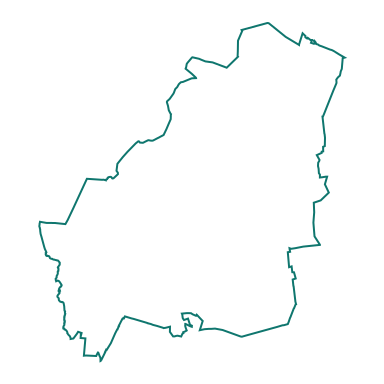 the district of Katvaru pag., Limbaži, Latvia
{"feature_id": "27541924B50356966028149", "entity_name": "Katvaru pag.", "entity_type": "district", "adm_level": 2, "iso_a3": "LVA", "parent_name": "Latvia", "parent_adm1": "Limbaži", "projection": "mercator", "projection_center": [24.779, 57.591], "detail": "fine", "context": "isolated", "style": "outline", "palette": "teal", "viewbox_px": 384, "rotation_deg": 0, "n_neighbors": 0, "source": "geoboundaries", "source_scale": "gbopen_adm2", "svg_char_len": 5708}
<svg xmlns="http://www.w3.org/2000/svg" viewBox="0 0 384 384"><path d="M173.4,93.7L169.7,98.9L167.1,101.3L166.9,101.8L166.9,102.3L168.0,105.9L168.8,110.3L170.7,114.0L171.0,114.2L170.8,115.1L170.8,116.4L170.7,119.2L170.4,119.9L169.0,123.1L166.4,129.2L163.6,135.0L153.5,140.3L152.8,140.6L152.0,140.7L150.6,140.6L148.6,140.2L148.0,140.3L145.3,141.6L143.6,142.5L142.9,142.8L140.0,142.6L139.0,141.4L138.3,141.3L135.7,143.4L127.5,151.8L122.7,157.2L117.4,163.8L116.5,170.8L116.7,171.1L117.8,172.6L117.9,172.9L117.9,174.2L113.6,178.2L113.2,178.4L112.5,178.5L112.1,178.3L111.6,177.4L111.1,177.0L110.9,176.9L109.9,176.9L108.8,177.1L108.1,177.4L108.0,177.5L108.1,177.8L108.0,178.0L107.4,178.3L107.3,178.8L107.1,179.2L106.5,179.5L106.4,179.5L105.9,179.7L105.8,179.9L105.8,180.3L103.7,179.7L102.0,179.8L86.9,178.8L73.4,208.0L67.7,220.0L65.4,224.1L55.0,223.0L46.4,222.9L40.0,221.8L39.9,222.5L39.6,223.5L39.5,225.1L39.3,226.1L39.5,226.9L39.6,227.2L39.9,228.0L39.9,228.8L40.1,229.1L40.2,229.6L40.2,230.8L40.6,233.9L41.5,236.9L44.1,246.5L44.8,248.8L46.4,252.3L45.7,253.0L46.0,253.4L46.0,253.6L45.7,254.5L46.2,255.6L46.9,256.0L47.4,255.7L47.5,255.7L47.8,256.0L48.3,256.0L49.0,256.2L49.5,256.7L49.6,257.3L50.0,258.1L50.4,258.4L51.8,258.9L52.2,258.9L52.4,258.9L52.6,259.2L53.6,259.6L54.3,259.6L55.4,260.0L56.2,260.1L56.8,260.4L57.5,260.4L57.9,260.5L58.4,260.9L58.7,261.5L59.3,262.0L59.7,262.6L59.8,262.8L59.8,263.2L59.6,263.7L59.7,264.7L58.8,265.9L58.5,266.5L58.0,267.0L57.9,267.2L57.8,267.4L57.9,267.6L58.3,267.9L58.3,268.1L58.2,268.4L58.2,268.5L58.5,268.9L58.5,269.1L58.4,269.6L58.3,270.5L58.4,270.8L57.9,271.2L57.8,271.4L57.9,271.5L57.9,271.9L57.7,272.7L57.8,273.0L57.8,273.6L57.4,274.8L56.9,275.4L56.8,275.8L56.6,276.2L56.7,277.1L56.5,277.7L56.4,277.9L55.7,278.7L55.6,278.9L55.7,279.2L55.9,280.6L56.1,281.1L56.3,280.9L56.8,281.0L57.3,280.6L58.0,280.7L58.8,281.0L59.7,282.0L60.9,283.8L61.3,284.5L61.2,284.5L61.3,286.2L61.1,286.5L60.6,286.9L60.1,287.1L59.8,287.6L59.6,287.8L59.1,288.8L58.9,289.2L58.9,289.6L59.8,290.1L59.9,290.5L59.6,290.5L59.3,290.8L58.6,291.1L58.8,291.7L59.6,292.1L59.5,293.2L59.3,293.5L58.5,294.3L57.7,295.4L57.4,296.0L57.4,296.5L57.6,297.1L58.4,297.8L58.6,298.2L58.8,298.7L58.8,299.8L59.0,300.4L59.6,301.0L60.1,301.6L61.5,302.1L61.9,301.9L62.3,302.0L62.5,302.2L63.1,302.4L63.6,303.1L64.2,306.2L64.5,310.7L64.9,311.0L65.1,311.4L64.9,312.7L64.9,313.1L65.3,313.7L64.9,315.1L64.8,315.7L64.6,315.7L64.6,315.8L64.4,316.4L64.2,317.0L64.2,317.4L64.5,317.8L64.2,318.7L64.2,319.1L64.4,319.4L64.4,319.5L64.2,319.6L64.2,319.8L64.3,320.6L64.9,321.1L64.7,321.5L64.5,321.9L64.5,322.1L64.4,322.3L64.4,322.5L64.7,322.8L64.6,323.0L64.4,323.3L64.2,323.4L64.2,323.7L64.4,324.1L64.4,324.3L64.3,325.1L64.0,325.4L63.9,325.7L63.5,326.3L63.3,327.3L63.3,327.7L63.3,328.4L63.4,328.6L64.3,328.6L64.5,328.9L64.6,329.5L65.6,329.9L66.1,330.3L66.7,331.0L66.8,331.3L67.1,331.8L67.3,332.2L67.4,332.8L67.3,333.2L68.6,335.0L69.7,336.0L70.1,336.7L70.3,337.4L70.6,338.0L70.6,339.0L73.4,338.5L76.9,333.8L78.1,331.8L81.6,333.0L81.0,335.3L80.8,335.1L80.6,338.0L85.4,338.4L83.9,355.7L86.0,355.5L96.2,356.0L97.4,353.4L98.0,352.5L98.3,352.7L99.7,356.3L100.3,357.4L100.5,358.9L100.5,361.0L100.7,360.9L101.2,359.3L101.6,359.5L105.3,352.0L105.1,351.9L106.2,349.6L106.7,349.9L110.9,343.1L115.2,333.3L117.2,329.4L117.5,329.4L118.2,327.6L118.9,326.4L118.6,326.3L119.0,325.3L119.7,324.1L121.0,321.5L122.3,319.0L122.6,319.1L123.3,318.0L124.0,318.3L124.9,316.4L131.5,318.4L133.6,318.9L146.4,322.7L147.9,323.2L147.9,323.3L150.8,324.0L153.0,324.9L156.9,325.9L163.1,327.8L163.5,328.1L165.6,327.8L170.0,326.7L169.9,331.9L173.1,336.4L174.6,336.4L176.2,335.9L177.6,335.7L181.2,336.5L182.5,333.6L183.4,333.2L183.2,332.2L185.4,331.3L186.7,330.5L185.9,328.4L185.3,326.4L185.2,325.8L185.3,324.7L185.3,323.9L185.5,323.9L190.1,326.2L191.8,326.8L191.9,325.7L190.0,324.8L188.0,318.6L184.0,320.0L183.0,318.6L182.7,317.9L182.3,314.6L181.9,313.6L187.1,313.1L191.0,313.2L192.6,314.3L196.0,315.8L196.7,314.7L196.8,314.8L202.7,321.0L199.8,330.2L204.5,329.2L208.3,328.9L210.9,328.9L215.0,328.6L222.6,330.0L240.6,336.5L241.9,336.7L247.5,335.1L277.2,326.9L282.5,325.3L283.9,325.2L287.8,324.1L288.7,321.9L290.0,318.0L290.5,317.0L293.8,308.4L294.1,308.2L294.4,307.4L295.8,304.0L296.0,304.0L295.4,301.6L294.7,295.6L293.6,286.2L293.4,286.0L292.7,279.5L295.7,278.5L294.0,272.3L292.3,272.2L291.6,266.4L289.1,267.2L287.8,252.2L290.1,251.8L289.7,249.7L289.5,248.2L291.1,248.8L295.2,248.2L303.3,246.6L319.9,244.9L319.9,244.7L314.6,236.5L314.5,236.2L313.4,222.6L314.2,212.3L314.0,207.7L313.8,202.7L320.7,200.4L328.8,192.6L324.9,184.3L327.1,176.7L325.6,176.7L322.6,177.2L319.9,177.5L319.9,174.6L318.9,173.2L318.6,168.7L318.0,166.0L318.2,162.7L319.3,160.8L319.5,159.9L316.8,155.1L321.7,152.9L321.7,151.7L323.2,151.4L323.1,146.8L324.8,146.1L325.0,137.8L324.6,134.1L324.4,133.7L322.5,116.7L322.9,116.7L323.9,114.3L324.3,113.3L333.4,90.4L336.4,83.3L336.5,82.3L336.3,79.6L337.9,77.4L339.9,75.6L340.5,72.9L340.7,71.5L341.8,68.9L342.7,58.2L344.7,57.6L339.3,54.5L333.7,51.0L331.7,50.0L330.1,49.6L321.7,46.3L319.3,45.5L317.8,44.4L316.4,44.1L315.4,42.0L314.1,40.5L313.8,40.7L314.7,42.3L315.1,43.5L313.9,43.8L311.0,42.8L311.6,41.2L311.9,40.0L310.5,40.0L307.7,37.8L307.1,38.5L305.4,37.3L305.3,37.0L305.5,36.1L302.6,33.3L299.0,44.7L299.0,44.9L285.7,36.9L269.1,23.5L268.7,23.2L268.1,23.1L267.4,23.0L241.6,30.0L241.8,30.4L242.3,30.7L238.0,40.7L237.8,51.8L237.6,56.2L238.0,56.7L226.7,67.7L212.6,62.4L205.4,61.4L201.4,59.8L199.1,58.8L192.5,57.3L192.0,57.5L187.5,62.8L186.7,64.0L186.2,67.0L185.6,68.7L191.9,73.9L195.9,77.7L196.0,78.1L192.2,78.3L191.5,78.4L183.0,81.9L180.8,82.3L179.0,84.0L178.7,84.4L177.2,87.1L175.4,88.9L175.2,89.2L173.9,92.7L173.4,93.7Z" fill="none" stroke="#0f766e" stroke-width="2"/></svg>